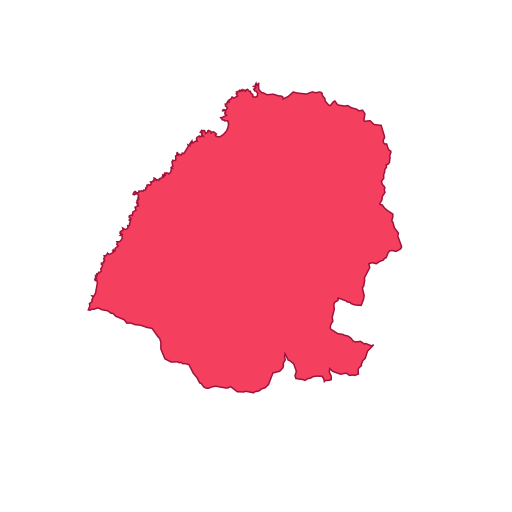 outline of Casma, Áncash, Peru, rotated 61°
{"feature_id": "86281439B42439705570298", "entity_name": "Casma", "entity_type": "district", "adm_level": 2, "iso_a3": "PER", "parent_name": "Peru", "parent_adm1": "Áncash", "projection": "albers", "projection_center": [-78.251, -9.498], "detail": "fine", "context": "isolated", "style": "filled", "palette": "rose", "viewbox_px": 512, "rotation_deg": 61, "n_neighbors": 0, "source": "geoboundaries", "source_scale": "gbopen_adm2", "svg_char_len": 6145}
<svg xmlns="http://www.w3.org/2000/svg" viewBox="0 0 512 512"><g transform="rotate(61 256 256)"><path d="M319.9,126.1L319.0,124.5L317.8,124.0L307.2,122.3L305.0,120.3L298.6,121.3L292.8,119.9L291.0,120.2L288.2,117.4L285.7,116.0L279.3,119.3L276.2,120.4L272.5,120.8L271.0,122.5L270.3,122.5L267.9,118.5L265.3,116.9L262.9,112.3L260.7,111.9L258.4,110.0L254.3,110.8L251.4,110.0L250.0,106.6L246.7,104.9L245.3,103.1L242.7,101.3L241.7,98.9L239.3,97.8L239.8,96.4L238.9,94.0L234.7,90.9L233.2,90.6L230.8,87.8L229.5,87.3L228.2,88.2L226.1,88.4L221.3,87.4L220.4,89.2L218.4,89.5L216.3,88.5L214.9,86.3L213.5,85.6L202.4,83.2L198.3,89.0L193.0,90.6L190.7,95.9L189.7,95.9L184.5,91.8L180.2,92.1L178.9,95.7L176.7,96.6L172.4,100.8L168.9,102.8L168.0,105.5L164.0,110.7L163.0,111.4L158.6,111.9L158.6,113.7L160.5,118.0L159.2,119.3L153.8,120.4L151.8,119.4L147.9,120.1L145.6,119.3L144.3,119.9L143.2,121.2L142.2,124.7L139.8,127.1L138.8,133.4L133.3,141.1L130.6,143.9L132.1,150.5L131.8,156.1L129.9,155.5L128.4,156.3L126.9,158.6L122.8,162.5L120.3,168.2L116.8,170.5L116.1,171.7L111.9,172.9L107.1,170.6L106.0,169.4L106.7,170.8L105.9,172.4L105.0,172.2L105.7,173.3L107.1,172.5L106.5,175.8L108.7,174.5L109.1,175.2L108.9,177.1L111.0,177.1L111.5,176.2L114.5,175.6L117.0,177.7L116.6,179.8L115.1,181.5L113.6,180.6L110.6,181.5L109.3,181.0L108.8,182.1L106.2,182.5L105.9,183.8L106.8,185.3L105.5,185.5L105.6,186.4L104.1,186.8L104.8,188.2L103.8,188.3L104.2,189.1L103.2,189.7L104.1,190.5L103.4,190.9L103.1,193.5L104.3,193.1L104.6,194.7L107.1,194.4L107.2,198.8L105.3,199.8L106.5,201.7L106.4,203.9L108.3,204.7L107.6,205.5L106.4,205.4L107.9,206.2L107.6,206.7L108.9,207.8L108.2,209.2L110.1,210.0L112.2,209.1L113.0,209.5L113.7,211.7L112.4,213.2L112.2,214.2L112.8,214.8L114.2,212.4L115.6,212.8L115.6,213.7L116.6,214.4L118.7,213.5L118.4,218.5L117.9,219.8L120.7,219.4L121.9,217.8L122.7,217.8L123.9,215.2L127.1,215.9L129.8,218.0L132.3,221.1L133.9,225.5L134.2,229.5L133.4,231.4L131.3,233.1L130.6,233.0L130.1,231.5L127.1,232.7L126.6,233.3L126.5,235.8L125.3,235.1L123.1,236.6L123.2,237.6L124.2,237.8L124.4,240.7L121.4,240.2L121.2,241.3L120.4,241.6L120.6,242.4L119.8,242.7L120.9,244.8L122.1,243.5L122.6,244.1L125.6,244.2L124.1,245.3L125.0,246.0L124.7,247.2L123.5,247.5L123.7,250.2L124.6,251.3L127.1,251.8L126.2,253.4L126.5,256.4L125.3,256.3L125.7,257.4L124.4,256.6L125.6,259.3L127.5,260.3L125.8,261.6L127.1,261.8L131.4,269.4L130.2,270.6L131.4,272.1L130.8,273.4L130.0,273.5L129.9,274.5L128.9,274.6L129.1,275.0L127.5,274.6L127.5,275.2L128.9,276.0L129.9,275.4L129.5,277.8L133.1,279.6L133.0,281.5L131.9,282.3L132.8,283.8L137.2,285.3L137.4,287.2L138.9,286.7L138.5,287.8L140.9,289.4L141.8,291.5L141.8,292.7L141.1,292.7L139.7,294.2L140.0,294.9L139.2,295.6L140.0,296.5L140.6,295.8L141.1,296.0L140.5,297.1L141.9,297.0L139.9,298.2L140.6,298.8L141.2,298.1L142.1,298.3L141.4,299.6L142.1,300.6L141.6,302.4L141.7,303.2L142.6,303.4L142.4,304.5L141.2,305.7L141.5,306.5L139.5,306.5L138.4,307.3L139.9,308.0L140.0,309.1L141.0,309.3L140.1,312.4L141.8,312.4L142.8,314.0L142.6,314.8L141.6,315.1L141.2,317.2L142.6,317.5L143.0,319.6L144.1,319.9L144.7,321.2L143.9,322.2L144.6,323.5L143.5,324.4L143.3,325.9L142.4,326.8L143.6,327.8L143.3,329.5L140.9,330.4L141.0,331.4L141.7,331.5L141.5,332.6L142.6,333.6L143.5,332.8L143.6,329.9L146.3,329.3L147.5,330.8L149.1,330.6L148.9,332.1L150.1,332.3L149.9,333.2L151.1,333.7L151.3,334.5L152.1,334.5L152.7,333.5L153.7,335.0L155.0,334.5L154.7,338.2L157.7,338.7L157.8,342.4L160.7,344.5L159.8,345.1L159.4,347.2L160.5,348.2L162.8,347.2L163.3,348.1L162.7,349.1L163.2,349.5L164.6,348.7L166.3,350.9L167.4,351.3L167.8,352.5L167.2,353.5L169.1,354.1L169.7,355.8L169.5,357.5L166.9,359.1L169.0,359.7L168.8,362.8L170.2,364.0L170.9,363.8L170.8,362.9L172.1,362.5L172.3,364.5L173.0,363.4L175.5,364.2L176.9,366.6L177.3,368.5L176.1,370.8L177.4,370.8L178.4,372.2L180.4,371.5L181.1,375.6L183.1,376.7L183.2,377.7L181.4,377.8L181.9,378.8L183.3,378.3L183.7,381.0L183.4,383.8L181.7,384.4L182.4,384.8L182.1,385.6L182.9,387.2L182.2,388.8L183.6,388.9L184.6,390.6L186.6,390.5L186.8,391.9L187.5,391.9L188.0,392.9L187.3,394.7L188.5,395.3L189.6,394.6L191.4,396.4L191.8,397.9L194.2,398.7L194.6,400.9L194.0,401.5L194.9,403.0L194.4,403.8L195.6,404.1L195.3,405.4L196.1,405.1L195.9,406.1L197.3,406.3L197.4,407.3L198.6,406.6L198.6,408.5L199.5,408.5L200.7,407.1L202.9,408.0L210.6,414.3L212.5,417.1L211.4,418.8L213.3,418.5L214.8,420.9L216.5,421.4L216.8,424.7L219.2,425.6L221.8,428.8L223.0,427.5L222.8,425.4L224.0,423.6L224.8,419.3L228.1,417.0L232.2,412.1L235.8,410.6L236.8,408.9L240.7,407.9L248.0,402.1L252.0,401.6L254.1,397.8L257.4,395.1L260.4,390.7L265.6,386.0L268.9,382.0L278.9,380.9L281.5,380.2L285.3,381.0L291.2,384.3L301.8,385.5L307.6,381.6L310.6,375.8L312.2,374.9L312.7,373.0L314.6,372.4L315.9,370.0L318.5,367.3L327.9,367.7L333.8,366.6L339.7,366.8L340.9,365.7L345.3,365.1L347.3,363.8L348.6,361.9L349.2,357.6L350.4,354.3L357.1,346.0L357.8,344.4L357.8,341.6L365.7,338.1L369.1,332.4L369.2,330.7L374.5,324.4L374.1,323.0L375.5,318.6L374.9,315.7L375.7,312.1L374.5,307.4L366.5,297.9L368.3,291.1L366.8,286.6L364.7,284.8L363.1,284.3L361.0,280.7L358.0,279.9L355.6,278.0L362.7,278.3L363.8,277.2L368.6,275.3L376.4,276.6L379.7,280.0L382.5,280.5L386.9,274.8L388.5,273.6L388.4,269.8L389.3,267.6L389.1,264.9L390.4,261.3L393.2,256.5L396.8,256.4L398.9,257.1L398.5,255.9L400.3,252.0L400.6,250.1L397.4,248.4L393.2,248.2L390.2,246.1L394.2,244.8L400.4,239.3L402.2,233.8L405.7,232.2L407.1,228.9L408.3,227.6L408.9,223.7L405.1,221.9L403.8,220.4L403.0,216.9L401.7,216.3L399.2,213.1L398.5,210.1L393.3,204.6L390.7,196.1L390.6,198.5L385.7,202.5L385.4,203.9L381.3,206.0L379.5,210.5L377.7,212.2L373.5,212.9L370.6,214.4L367.9,217.4L366.5,218.2L363.6,222.1L356.1,226.2L353.9,225.4L351.8,223.2L350.3,220.4L346.6,219.1L340.5,213.3L336.4,211.6L334.7,209.8L334.6,206.2L334.0,205.2L332.6,204.8L333.0,204.1L338.9,199.0L340.3,198.5L342.3,196.1L343.6,196.0L346.6,193.4L350.2,188.0L346.2,183.1L343.1,180.6L335.5,178.4L334.3,176.2L329.8,172.6L327.8,171.9L321.3,162.2L317.4,161.0L318.3,157.4L321.1,154.6L320.7,150.2L321.3,146.9L320.4,144.6L320.6,143.0L317.3,139.0L316.3,136.4L317.2,134.3L319.9,131.2L319.9,126.1Z" fill="#f43f5e" stroke="#9f1239" stroke-width="1.5"/></g></svg>